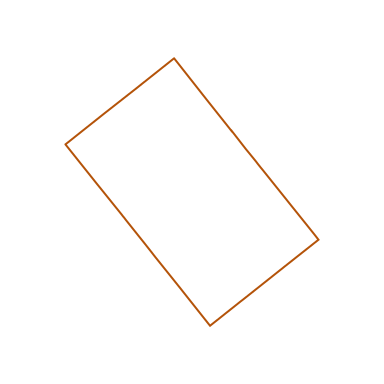 outline of Comandante Fernández, Chaco, Argentina, rotated 300°
{"feature_id": "61730980B26046188382184", "entity_name": "Comandante Fernández", "entity_type": "district", "adm_level": 2, "iso_a3": "ARG", "parent_name": "Argentina", "parent_adm1": "Chaco", "projection": "orthographic", "projection_center": [-60.45, -26.787], "detail": "fine", "context": "isolated", "style": "outline", "palette": "amber", "viewbox_px": 384, "rotation_deg": 300, "n_neighbors": 0, "source": "geoboundaries", "source_scale": "gbopen_adm2", "svg_char_len": 758}
<svg xmlns="http://www.w3.org/2000/svg" viewBox="0 0 384 384"><g transform="rotate(300 192 192)"><path d="M298.8,109.7L298.7,109.6L260.2,94.4L255.8,92.7L217.2,77.2L212.9,75.5L170.0,58.6L169.9,58.7L152.2,103.8L151.0,106.9L137.2,142.6L136.3,144.7L136.0,145.7L134.6,149.0L131.9,155.9L123.4,177.6L119.2,188.1L119.1,188.3L117.4,192.5L102.3,231.3L101.6,233.0L86.6,270.9L85.2,274.5L121.5,288.8L123.9,289.8L128.2,291.5L133.0,293.4L168.5,307.4L170.7,308.3L173.1,309.2L213.9,325.4L215.6,321.3L219.1,312.4L229.2,286.4L230.8,282.3L246.6,241.8L247.6,239.1L249.3,234.8L250.4,232.2L254.7,220.9L256.0,217.4L264.8,195.8L264.6,195.8L266.3,191.5L279.9,157.0L280.1,156.6L281.7,152.5L283.4,148.3L297.1,114.0L298.8,109.7Z" fill="none" stroke="#b45309" stroke-width="2"/></g></svg>